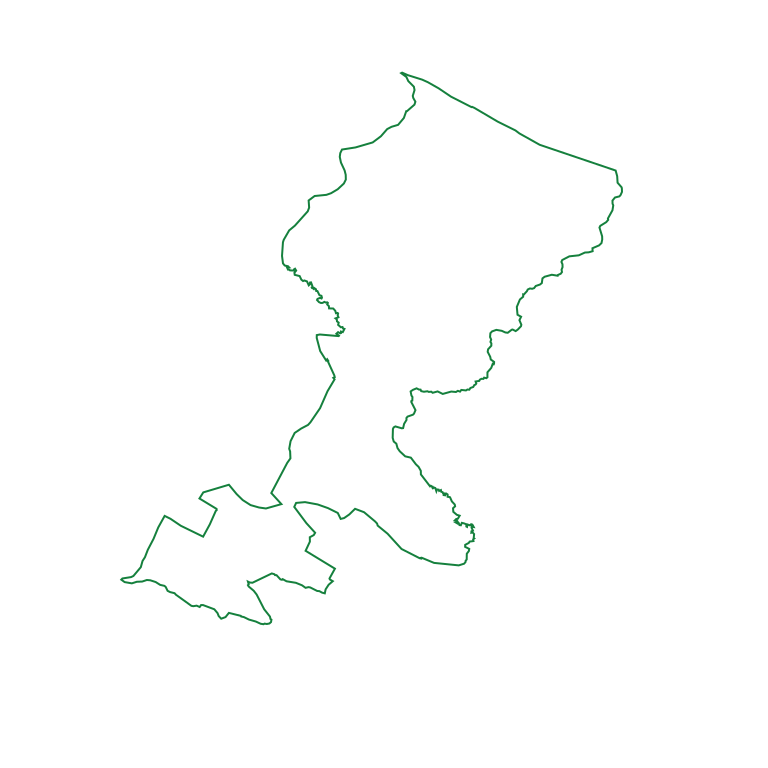 outline of Kibaha, Pwani, United Republic of Tanzania, rotated 119°
{"feature_id": "72390352B76192804660906", "entity_name": "Kibaha", "entity_type": "district", "adm_level": 2, "iso_a3": "TZA", "parent_name": "United Republic of Tanzania", "parent_adm1": "Pwani", "projection": "natural_earth1", "projection_center": [38.677, -6.806], "detail": "fine", "context": "isolated", "style": "outline", "palette": "green", "viewbox_px": 768, "rotation_deg": 119, "n_neighbors": 0, "source": "geoboundaries", "source_scale": "gbopen_adm2", "svg_char_len": 6139}
<svg xmlns="http://www.w3.org/2000/svg" viewBox="0 0 768 768"><g transform="rotate(119 384 384)"><path d="M103.8,519.7L104.6,513.3L107.3,509.6L109.5,502.0L112.1,499.8L118.1,498.5L119.7,497.0L121.9,493.4L124.9,492.8L134.3,496.2L134.6,496.8L141.7,495.6L150.5,497.3L155.4,502.1L159.5,504.8L168.8,506.8L178.2,511.0L190.9,523.6L199.3,534.4L203.2,534.2L206.8,532.8L211.2,529.0L216.3,522.0L219.6,518.9L223.7,516.5L228.1,516.3L236.1,518.9L242.8,522.8L246.5,526.1L253.2,535.8L260.0,538.9L266.0,535.0L269.9,534.4L288.7,538.7L295.6,541.4L306.5,541.6L309.0,541.1L321.4,535.3L327.5,530.8L328.5,528.3L327.6,525.2L328.4,524.7L327.8,524.4L328.0,523.7L328.7,525.0L328.7,525.8L330.5,523.4L329.9,522.5L330.2,521.3L328.5,517.9L327.4,518.3L326.3,517.7L327.4,515.8L330.1,516.3L331.8,515.0L330.5,510.1L332.8,506.9L333.2,504.7L332.1,503.9L331.6,501.1L334.2,497.6L333.0,497.2L331.1,497.9L330.5,497.1L333.6,493.5L335.3,494.4L334.6,493.4L335.0,491.4L333.9,491.4L334.1,489.5L335.5,488.4L335.0,487.3L337.6,483.5L337.2,481.5L338.6,480.1L339.5,480.1L339.7,481.7L341.8,483.4L343.0,483.3L343.9,480.5L343.7,478.4L342.8,477.0L341.1,476.0L341.0,474.5L340.1,473.2L340.3,472.4L342.0,472.2L342.6,470.0L344.5,468.7L342.6,465.0L343.6,462.1L345.4,460.3L344.4,459.1L344.5,458.4L346.4,457.8L347.7,456.2L350.1,458.2L350.4,456.6L352.0,455.5L352.3,453.4L354.5,452.8L355.3,449.2L354.3,447.9L355.3,446.7L355.0,445.3L358.6,445.2L359.0,447.0L360.2,446.3L360.9,446.9L360.9,449.3L363.1,450.0L363.6,446.8L364.1,446.9L371.8,464.1L373.8,466.5L376.3,465.2L386.1,455.8L391.5,446.0L389.9,445.7L390.8,444.0L391.3,444.2L400.6,431.6L401.9,430.4L403.2,431.3L403.9,429.5L417.7,429.9L436.1,428.2L453.2,429.8L456.6,430.6L463.2,434.9L470.1,438.4L479.3,438.0L486.6,435.5L488.5,433.4L494.4,429.8L499.9,430.4L534.0,429.7L538.8,415.5L550.1,426.9L552.6,433.4L554.6,442.0L554.0,451.3L551.7,459.6L547.3,470.8L566.4,489.5L573.6,489.9L574.4,469.9L575.4,469.2L576.6,469.6L591.2,468.3L605.2,468.2L606.5,493.0L605.4,505.4L605.7,511.9L618.9,511.9L631.1,510.5L643.5,510.2L651.4,509.1L655.8,509.4L662.1,507.9L673.4,510.1L675.5,511.6L680.9,518.5L682.5,518.9L683.0,514.8L680.6,507.9L676.8,504.3L674.0,499.7L670.4,496.4L669.0,493.3L667.9,487.7L668.2,482.4L667.0,478.2L667.3,476.6L669.8,473.0L669.7,470.2L668.5,465.8L669.2,463.7L671.4,444.9L670.8,443.1L668.7,440.4L668.4,437.1L666.0,436.8L665.1,435.2L663.3,423.2L665.1,418.5L667.1,416.1L668.2,412.6L664.7,409.6L659.4,408.7L656.2,396.8L656.6,396.2L655.8,393.6L655.5,387.9L653.9,381.0L653.5,375.6L652.5,372.9L651.5,372.3L650.7,370.1L649.0,368.1L647.0,367.4L644.7,368.2L644.6,369.3L642.7,371.0L639.1,379.6L629.9,393.3L628.0,397.7L626.7,404.2L625.9,405.5L624.8,405.2L622.8,407.2L622.7,405.2L621.6,402.7L604.1,390.3L603.5,387.6L604.0,386.7L603.3,385.3L605.1,379.9L604.7,378.3L603.8,378.0L603.8,373.6L600.6,364.7L599.8,358.1L600.3,353.8L598.3,351.6L597.7,349.9L597.4,342.1L596.5,340.1L596.5,337.0L595.8,334.3L591.9,335.5L586.4,335.1L581.3,333.2L581.2,336.6L580.5,337.4L569.3,337.4L567.9,371.7L557.8,372.4L554.0,374.6L550.2,372.2L547.5,372.1L543.3,384.5L535.0,402.9L530.6,403.2L525.6,395.8L521.5,383.6L519.7,372.8L519.2,361.9L523.0,356.5L520.6,353.9L514.9,351.1L507.2,348.8L505.8,339.3L508.5,325.3L509.4,322.4L510.9,320.9L513.2,308.3L519.8,288.7L519.1,268.4L518.7,267.1L518.2,267.5L517.7,266.9L516.2,253.5L506.4,230.7L502.3,226.8L500.1,226.4L499.0,226.9L497.4,226.6L492.3,229.3L488.9,228.8L486.9,229.5L487.1,234.1L485.3,235.0L481.9,232.8L480.3,232.7L478.0,229.6L476.7,230.7L475.4,230.2L475.4,230.8L471.6,232.4L470.8,234.7L471.7,235.5L470.4,236.1L469.1,235.1L467.2,237.8L466.3,238.2L465.6,236.2L464.4,238.0L464.2,238.9L464.9,239.3L464.6,239.9L466.0,240.5L466.4,242.9L468.7,242.1L468.7,242.9L466.8,243.9L467.1,246.4L467.7,248.6L470.3,248.3L470.8,249.6L469.6,251.0L470.4,251.7L470.3,254.5L468.7,252.9L467.9,254.4L468.6,255.8L467.1,255.4L466.0,254.1L462.5,254.0L463.1,256.9L462.2,261.4L459.2,263.4L456.5,262.5L455.1,263.7L453.8,267.7L451.3,271.0L451.0,271.6L451.8,273.7L449.8,274.8L449.6,276.5L450.1,277.2L451.7,276.6L452.2,277.9L450.6,278.4L451.1,279.2L450.2,280.3L450.5,281.7L449.2,282.8L450.8,283.9L449.9,285.0L450.5,286.5L452.4,286.2L450.1,288.7L450.3,290.1L451.0,290.4L450.6,291.1L451.3,291.2L450.3,292.6L450.3,293.8L451.2,294.1L445.2,307.9L442.1,309.7L439.7,313.6L438.8,317.1L435.4,324.8L437.0,330.4L435.2,337.6L433.5,341.1L430.2,344.3L429.6,347.6L426.9,350.3L419.0,354.4L417.3,354.5L415.6,353.5L414.1,346.9L413.3,345.9L409.1,347.1L404.5,346.9L402.9,347.9L401.1,347.6L396.8,343.8L395.4,343.4L391.6,343.8L386.5,351.4L385.7,351.8L384.8,351.2L381.6,352.8L380.8,354.4L377.6,357.1L375.0,355.8L372.0,353.4L371.9,350.7L371.2,349.3L372.2,348.0L371.4,345.3L369.3,342.5L369.2,341.0L367.8,338.9L368.1,337.2L364.5,333.5L364.2,327.8L358.0,321.5L356.1,317.2L354.2,316.1L353.8,313.8L351.7,313.5L349.9,309.2L348.4,308.4L347.6,306.6L345.6,306.5L343.3,304.5L341.1,304.5L340.2,303.7L338.9,303.5L337.4,305.1L335.1,302.2L333.8,302.3L332.2,301.3L331.3,299.5L329.9,299.5L329.3,297.3L328.0,296.8L323.6,299.2L317.9,298.0L313.6,298.7L313.6,297.6L312.9,297.6L311.3,298.4L310.8,302.5L308.7,304.3L305.6,308.9L303.2,309.8L298.5,308.7L296.4,309.8L295.6,311.3L293.2,311.8L291.5,314.0L288.0,315.6L285.6,315.0L282.2,312.0L280.4,306.8L280.1,302.9L279.2,300.6L274.6,298.6L274.0,297.9L273.9,294.5L271.6,293.4L267.1,292.2L265.6,292.6L262.5,296.5L258.7,296.7L258.7,300.8L252.2,305.2L244.2,306.1L240.2,304.6L238.2,305.7L238.1,305.1L233.5,304.0L231.7,304.1L229.7,302.7L228.9,300.6L227.4,299.2L224.7,298.8L221.4,295.8L219.2,294.9L214.8,296.6L212.3,295.5L207.1,290.2L205.1,284.6L204.4,284.8L201.9,282.9L199.8,282.6L198.0,284.1L195.2,284.5L192.7,286.0L191.2,288.0L189.1,288.2L182.5,283.8L177.0,276.0L171.6,272.0L169.6,268.8L166.7,265.9L164.2,267.5L158.5,263.1L155.3,262.1L151.8,263.2L149.1,264.8L142.7,271.4L140.8,271.5L134.7,268.1L131.7,267.5L130.7,268.4L121.3,268.4L116.6,270.1L115.5,271.5L112.8,273.1L108.9,272.4L105.8,269.1L104.1,268.7L100.6,269.0L97.9,270.6L96.8,271.5L94.7,277.3L89.2,280.8L85.0,284.9L99.3,363.8L99.2,387.0L98.5,392.0L99.4,411.7L98.7,438.8L98.9,441.3L99.4,441.7L100.2,464.7L98.9,479.6L98.8,492.2L99.3,498.2L102.3,512.8L102.9,519.1L103.8,519.7Z" fill="none" stroke="#15803d" stroke-width="2"/></g></svg>